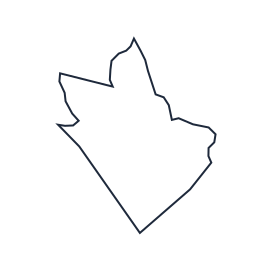 Viçosa, Rio Grande do Norte, Brazil (Natural Earth projection), rotated 131°
{"feature_id": "56859067B18888799469795", "entity_name": "Viçosa", "entity_type": "district", "adm_level": 2, "iso_a3": "BRA", "parent_name": "Brazil", "parent_adm1": "Rio Grande do Norte", "projection": "natural_earth1", "projection_center": [-37.965, -5.993], "detail": "fine", "context": "isolated", "style": "outline", "palette": "slate", "viewbox_px": 256, "rotation_deg": 131, "n_neighbors": 0, "source": "geoboundaries", "source_scale": "gbopen_adm2", "svg_char_len": 567}
<svg xmlns="http://www.w3.org/2000/svg" viewBox="0 0 256 256"><g transform="rotate(131 128 128)"><path d="M173.9,152.7L199.4,50.2L133.6,40.9L99.5,42.4L96.4,48.9L90.2,54.1L82.2,53.5L75.3,57.8L74.7,67.5L82.6,81.4L87.4,96.2L93.1,100.2L84.0,112.2L81.4,121.2L84.5,129.2L71.8,150.4L65.4,159.6L61.5,169.0L56.6,182.2L64.7,179.6L70.8,180.1L77.9,183.8L88.1,184.5L95.4,179.6L103.6,173.3L106.8,166.7L131.3,215.1L137.9,210.3L143.0,198.9L148.8,192.6L153.7,179.6L154.9,170.0L162.1,171.1L167.7,177.0L171.4,182.9L173.9,152.7Z" fill="none" stroke="#1e293b" stroke-width="2"/></g></svg>